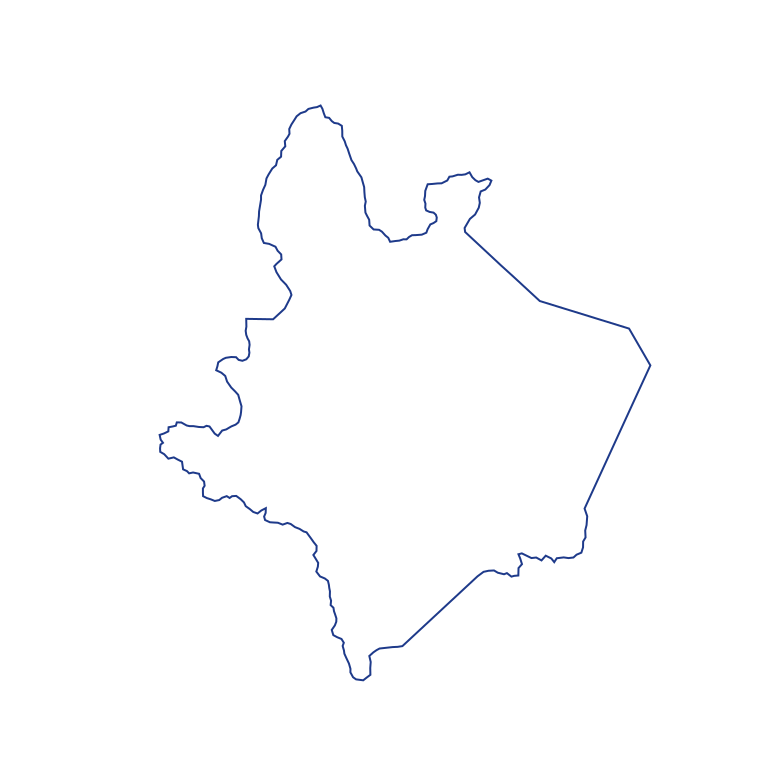 the district of Palmeiras de Goiás, Goiás, Brazil, rotated 138°
{"feature_id": "56859067B28073231696854", "entity_name": "Palmeiras de Goiás", "entity_type": "district", "adm_level": 2, "iso_a3": "BRA", "parent_name": "Brazil", "parent_adm1": "Goiás", "projection": "mercator", "projection_center": [-49.907, -16.837], "detail": "fine", "context": "isolated", "style": "outline", "palette": "blue", "viewbox_px": 768, "rotation_deg": 138, "n_neighbors": 0, "source": "geoboundaries", "source_scale": "gbopen_adm2", "svg_char_len": 4162}
<svg xmlns="http://www.w3.org/2000/svg" viewBox="0 0 768 768"><g transform="rotate(138 384 384)"><path d="M593.9,210.1L595.4,205.4L597.1,199.7L599.5,194.8L601.9,192.2L603.2,186.8L602.4,183.2L597.7,177.7L593.1,177.4L588.7,177.0L584.3,182.1L579.9,186.3L576.9,191.7L571.5,191.7L567.6,191.2L564.3,190.4L553.6,182.7L549.7,179.5L545.7,176.9L443.2,178.5L435.7,177.8L431.2,175.2L427.0,171.8L425.7,167.6L422.1,162.3L419.2,161.2L418.2,155.6L415.6,154.3L412.3,151.8L407.2,157.2L402.0,157.8L399.5,163.3L398.0,167.5L394.9,165.9L390.9,156.0L387.0,153.2L385.0,147.5L378.7,148.2L376.4,142.4L376.7,137.7L372.2,138.9L366.5,134.9L363.4,131.2L359.3,128.3L355.1,128.3L350.2,126.6L345.4,129.4L341.4,133.7L336.9,135.1L332.5,140.5L327.9,143.6L321.5,149.7L318.3,157.2L212.7,202.8L173.6,219.6L164.8,261.2L212.7,341.4L215.9,376.0L217.7,393.8L219.1,409.8L222.0,442.7L219.7,446.0L209.7,449.2L202.9,449.0L195.6,451.6L191.6,454.5L188.5,459.1L183.3,462.4L178.6,460.7L172.5,461.2L168.1,463.3L169.5,467.2L178.6,471.0L179.7,474.3L180.0,478.7L178.8,484.1L183.3,485.4L186.4,487.5L189.1,490.1L194.1,492.4L196.7,494.3L200.8,492.9L206.9,494.6L210.1,497.3L214.2,500.3L217.9,503.2L224.1,499.9L227.8,496.2L230.9,493.9L232.5,490.3L235.3,487.5L236.5,484.8L235.0,481.4L232.5,478.2L232.2,475.1L233.4,472.4L236.2,470.0L239.6,470.5L242.8,471.6L248.1,469.8L251.3,468.1L256.0,469.7L260.9,473.5L263.6,475.8L267.0,476.5L270.4,476.4L272.8,478.6L276.7,480.3L279.8,482.6L284.3,485.6L283.0,489.8L283.6,493.4L283.6,498.6L284.5,501.9L288.3,505.8L288.7,511.4L285.1,516.0L284.1,520.2L283.1,523.8L280.9,526.7L279.0,529.2L275.5,531.8L273.3,535.6L270.1,539.8L267.0,543.6L264.5,548.7L262.5,552.7L261.6,559.9L260.5,562.8L259.1,567.6L258.4,572.1L255.7,578.5L253.6,583.2L252.5,586.9L250.8,590.6L249.4,595.8L245.6,600.1L242.6,604.1L243.8,608.2L246.3,611.3L246.9,614.3L246.7,618.5L249.1,621.5L247.6,625.4L245.6,629.8L244.8,633.4L248.5,634.6L251.4,636.5L256.1,639.0L260.0,639.0L264.8,641.1L269.8,641.4L273.3,640.4L279.2,638.8L283.8,636.9L286.8,633.2L289.8,632.1L295.2,630.9L298.3,626.7L304.4,625.9L308.4,621.8L313.3,622.0L317.9,618.8L322.8,618.9L326.3,617.9L329.7,616.9L333.8,615.4L338.9,611.4L344.0,609.2L349.2,606.4L352.0,603.3L355.0,600.9L361.4,595.8L364.7,592.4L371.2,586.7L373.1,583.9L374.5,578.2L377.3,574.1L378.9,569.2L375.6,565.0L372.8,558.6L373.9,554.2L373.7,549.1L376.8,545.2L383.4,545.2L386.8,544.9L389.1,539.0L390.6,530.6L390.3,523.2L391.5,515.8L393.2,512.1L398.0,510.0L407.2,506.5L423.1,506.3L442.8,524.6L447.9,518.7L451.2,516.1L453.5,512.7L454.9,509.1L455.6,506.0L457.7,503.0L461.2,500.1L463.1,497.3L466.1,495.0L469.8,494.5L473.7,496.0L475.9,499.2L476.0,502.9L479.5,506.3L484.0,509.3L486.8,510.2L492.7,511.0L496.0,508.6L499.5,506.5L497.3,501.2L496.6,496.2L499.0,490.8L499.9,483.6L499.6,478.0L499.6,473.5L502.9,466.8L504.8,462.8L509.0,458.8L511.4,456.8L514.7,454.7L517.9,452.9L521.5,453.1L525.7,454.6L528.5,455.2L531.6,455.8L535.4,457.7L542.1,456.5L543.0,460.4L542.1,469.2L543.9,471.7L547.0,472.6L550.3,475.9L553.9,480.3L556.7,482.8L558.4,485.2L560.4,491.1L563.7,494.1L566.6,492.3L569.4,493.8L573.0,496.0L576.0,493.1L580.7,494.5L584.8,496.3L587.2,492.1L587.6,488.2L590.6,488.5L593.4,486.1L595.7,483.3L594.3,478.9L594.2,472.8L589.3,470.1L587.9,466.0L586.1,461.4L588.4,458.0L590.4,455.0L588.7,451.1L588.6,448.0L585.1,446.0L581.5,441.0L583.2,436.8L583.0,431.9L585.4,428.4L588.4,427.6L591.2,424.5L593.5,421.7L592.0,417.8L589.9,414.2L588.0,410.3L584.1,408.0L580.5,407.8L575.9,405.9L575.0,402.6L572.0,402.3L568.7,399.7L567.6,394.3L567.3,389.7L568.5,385.7L567.4,380.8L566.8,376.4L564.6,372.4L559.8,372.1L554.9,370.8L558.2,367.4L561.8,365.7L563.4,362.5L561.3,357.6L558.4,354.6L555.7,351.9L553.4,347.3L548.8,345.4L547.0,342.4L545.9,337.2L543.7,332.8L542.4,328.2L540.8,325.6L541.2,321.8L541.5,318.7L542.1,313.6L542.4,308.8L545.9,305.1L550.9,304.2L551.7,299.8L552.6,295.1L555.4,292.5L559.8,289.9L560.3,283.8L558.1,279.1L557.4,275.2L559.3,271.7L561.2,269.0L562.9,266.1L566.5,262.3L568.3,258.4L571.6,255.4L571.3,251.5L573.2,248.6L574.5,245.5L576.2,241.7L578.5,239.3L582.0,237.5L587.4,236.2L589.7,231.3L588.2,227.1L586.2,223.0L587.0,218.6L590.0,217.0L592.1,212.7L593.9,210.1Z" fill="none" stroke="#1e3a8a" stroke-width="2"/></g></svg>